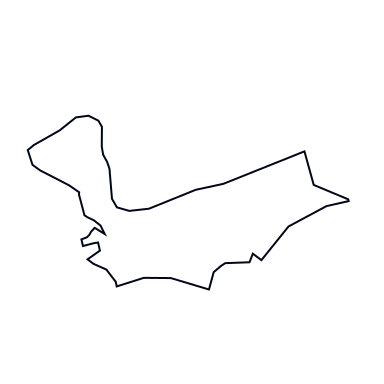 an SVG outline of San Juan-Laventille, rotated 257°
{"feature_id": "TTO-56", "entity_name": "San Juan-Laventille", "entity_type": "Region", "adm_level": 1, "iso_a3": "TTO", "parent_name": "Trinidad and Tobago", "parent_adm1": "", "projection": "orthographic", "projection_center": [-61.431, 10.671], "detail": "fine", "context": "isolated", "style": "outline", "palette": "ink", "viewbox_px": 384, "rotation_deg": 257, "n_neighbors": 0, "source": "natural_earth", "source_scale": "10m", "svg_char_len": 832}
<svg xmlns="http://www.w3.org/2000/svg" viewBox="0 0 384 384"><g transform="rotate(257 192 192)"><path d="M116.9,97.4L121.7,97.5L135.7,91.1L144.2,79.8L149.9,75.1L155.6,89.1L163.9,89.1L164.2,85.3L163.9,73.6L170.7,73.6L171.5,79.3L173.3,82.3L176.0,84.7L179.0,89.1L170.7,97.5L179.9,95.3L186.5,90.0L190.8,84.6L193.5,82.0L215.0,81.3L217.1,82.0L226.2,73.7L247.2,48.9L254.3,42.7L269.8,41.4L273.4,48.6L281.8,76.9L290.8,95.7L289.6,108.3L282.6,116.8L275.8,118.9L256.5,114.3L248.4,113.8L240.2,116.1L233.1,116.8L203.4,112.5L193.9,115.4L187.7,126.7L185.4,146.3L193.3,196.1L192.9,224.3L206.3,310.7L171.5,312.2L149.7,342.6L147.9,342.6L148.0,319.9L136.7,278.3L110.0,244.3L118.2,237.4L110.6,232.2L115.2,208.4L113.4,203.5L109.0,195.1L93.2,186.6L112.9,152.0L119.2,125.7L117.3,102.1L116.9,97.4Z" fill="none" stroke="#020617" stroke-width="2"/></g></svg>